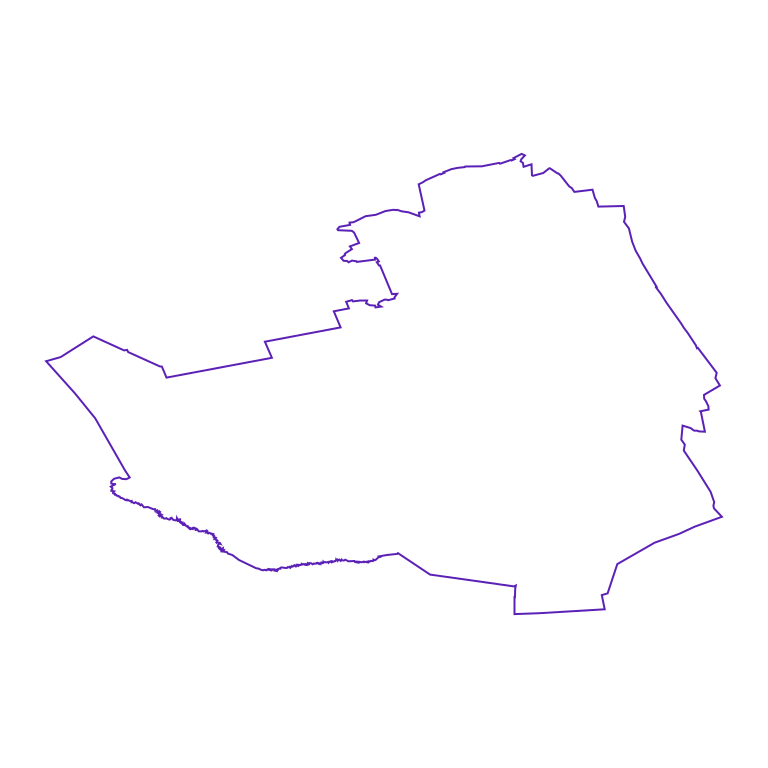 Allažu pag., Siguldas, Latvia (Equal Earth projection)
{"feature_id": "27541924B773256443611", "entity_name": "Allažu pag.", "entity_type": "district", "adm_level": 2, "iso_a3": "LVA", "parent_name": "Latvia", "parent_adm1": "Siguldas", "projection": "equal_earth", "projection_center": [24.751, 57.056], "detail": "fine", "context": "isolated", "style": "outline", "palette": "violet", "viewbox_px": 768, "rotation_deg": 0, "n_neighbors": 0, "source": "geoboundaries", "source_scale": "gbopen_adm2", "svg_char_len": 6109}
<svg xmlns="http://www.w3.org/2000/svg" viewBox="0 0 768 768"><path d="M46.1,361.2L74.9,393.3L95.2,418.3L125.0,470.4L129.7,477.5L126.3,479.2L122.1,478.9L119.3,477.4L114.0,478.8L111.2,481.5L111.3,483.5L113.6,484.1L115.8,484.0L110.8,486.6L112.4,488.1L112.4,488.9L111.4,490.1L111.3,490.8L114.2,491.3L113.1,492.6L113.1,493.3L115.0,493.8L115.0,494.7L116.2,494.9L116.6,495.6L118.3,495.9L118.5,496.5L119.7,496.6L120.6,497.9L122.0,498.0L125.4,500.0L126.2,500.3L127.0,499.6L127.9,500.4L128.6,500.2L130.2,501.2L131.3,501.0L131.1,501.5L131.8,501.7L131.8,502.2L132.9,502.0L132.5,502.3L134.2,503.2L135.5,502.2L137.9,503.7L139.2,502.9L139.0,503.2L139.4,503.8L139.4,504.5L140.5,505.3L141.5,504.4L144.0,507.3L147.9,507.0L153.0,509.1L155.0,509.1L155.3,510.9L156.9,510.4L156.8,511.0L158.5,512.3L158.4,511.9L159.1,511.1L160.1,512.0L159.5,512.8L158.0,513.0L160.6,514.2L159.5,514.4L158.6,515.4L159.7,516.5L161.3,515.9L162.2,516.3L162.0,517.5L162.8,517.5L164.0,518.5L165.8,518.5L167.1,517.8L166.7,518.3L167.2,518.8L169.2,519.6L170.1,519.4L170.5,518.1L171.5,517.8L171.6,518.5L172.4,518.7L173.1,519.8L175.6,520.4L177.4,520.1L176.6,519.8L176.9,518.2L177.4,519.5L180.1,519.3L180.2,519.9L179.7,520.7L177.7,520.5L177.8,521.0L178.8,520.8L180.0,521.8L180.6,521.9L180.3,522.5L180.6,522.8L182.0,522.6L181.8,523.0L183.0,523.3L182.5,524.0L182.9,524.9L183.8,525.0L183.2,524.5L184.2,524.6L184.5,523.8L186.5,526.2L187.7,526.1L187.9,526.4L187.4,526.7L189.0,527.5L188.4,527.6L189.8,528.9L190.4,528.5L190.6,529.1L191.7,528.7L192.9,529.1L193.2,528.6L192.9,527.9L193.7,527.6L195.9,528.5L195.3,529.1L195.6,530.0L197.5,529.6L198.6,531.3L201.4,531.4L202.8,530.9L203.4,531.4L204.8,531.2L206.7,530.4L207.2,530.9L206.0,531.6L206.8,532.1L206.4,532.6L207.2,532.6L208.1,533.4L208.5,532.9L209.7,532.9L211.2,534.0L211.5,533.6L213.1,534.0L212.8,534.4L213.8,535.4L213.2,535.7L214.1,536.9L215.3,537.5L214.5,537.8L215.1,538.1L214.8,538.7L215.4,538.5L215.9,538.9L216.0,539.7L217.2,540.0L216.5,540.1L217.3,540.6L216.9,541.0L217.2,541.8L216.4,542.4L216.7,542.8L217.4,542.3L219.9,543.0L220.4,543.8L219.1,543.3L219.3,543.7L218.1,545.0L217.7,546.5L219.6,547.2L218.9,547.8L219.0,548.4L220.2,549.4L220.7,548.3L221.7,549.0L222.9,548.2L222.7,549.9L221.2,550.8L221.4,551.4L223.9,550.4L223.4,551.6L227.0,552.2L228.0,553.6L232.3,555.0L239.0,560.0L256.3,568.3L258.2,568.5L261.6,570.0L263.1,570.3L264.3,569.8L266.1,570.3L266.4,569.8L267.6,569.9L268.3,568.9L269.9,569.2L269.6,569.9L271.4,570.5L271.7,570.3L271.2,569.7L271.8,569.3L274.4,569.3L275.2,569.6L274.6,570.6L276.7,571.0L276.4,570.0L277.5,570.0L277.3,569.4L278.2,568.9L280.4,568.7L280.4,567.8L281.6,567.4L285.7,568.0L287.0,567.9L287.9,567.0L290.1,567.7L290.1,566.7L291.5,566.9L291.9,566.1L292.6,566.5L293.6,566.2L293.7,565.6L294.5,565.2L295.4,566.0L295.4,565.4L296.1,565.3L296.9,565.9L298.0,565.5L298.5,565.9L298.7,565.7L298.0,564.8L300.4,565.0L301.6,564.7L301.7,563.8L303.0,564.4L303.9,564.0L304.4,564.5L305.5,564.1L305.6,564.9L307.0,565.0L307.3,564.9L306.3,564.3L307.5,564.4L307.9,563.1L309.3,563.9L309.7,563.1L311.4,563.4L312.6,564.3L313.9,563.5L314.4,563.8L317.0,563.4L316.9,562.9L317.5,562.8L318.5,563.1L318.4,563.5L319.2,564.1L320.1,563.3L320.6,563.8L320.7,563.4L321.9,563.2L321.8,562.6L322.9,562.9L323.2,561.9L323.6,562.6L324.7,562.0L325.9,562.4L327.9,562.1L328.5,562.8L329.2,561.7L330.0,561.9L330.6,561.4L331.8,562.4L332.0,562.3L331.5,561.6L331.9,561.1L333.3,561.6L335.2,561.2L335.2,560.8L336.1,560.4L336.2,559.6L336.6,560.1L337.3,559.6L337.6,560.2L337.7,559.8L338.6,560.1L339.2,559.6L340.6,560.9L341.6,559.6L342.0,560.3L343.9,560.5L345.2,559.7L348.5,561.3L354.5,561.0L354.9,561.9L356.0,562.2L356.4,561.6L357.7,561.7L357.2,562.4L358.2,562.6L358.2,562.0L358.7,561.8L359.3,562.4L360.0,561.9L361.4,562.3L363.2,561.7L363.9,562.2L364.3,561.7L366.9,562.2L366.6,561.8L366.9,561.6L368.6,561.9L368.7,561.3L369.9,561.5L370.6,560.9L372.7,561.1L373.3,560.8L373.4,559.6L374.8,560.2L375.6,559.9L378.6,557.2L379.7,557.0L379.0,556.4L386.9,555.0L397.2,553.9L397.9,553.1L430.1,574.6L514.0,586.4L515.8,585.5L515.2,588.7L515.0,596.2L514.9,597.3L514.5,597.2L514.5,614.1L539.4,613.2L604.7,609.3L601.8,595.1L607.6,593.4L617.3,564.1L654.6,542.7L679.3,533.8L694.6,526.7L721.9,516.8L714.0,508.4L713.4,505.7L714.2,502.1L710.6,491.8L697.3,470.5L683.8,450.6L684.8,444.6L681.3,439.7L682.6,425.6L690.7,428.1L693.5,430.3L694.7,430.7L697.2,430.7L699.0,431.4L704.9,431.7L700.9,412.0L700.3,411.3L708.6,409.6L708.4,406.3L706.0,401.3L704.2,398.7L704.0,394.9L719.9,385.5L715.4,378.2L716.7,372.8L697.9,347.9L697.0,348.3L695.8,345.2L687.6,332.8L683.9,327.9L681.3,323.7L666.6,302.9L660.9,293.9L655.8,287.1L656.0,286.6L656.5,286.6L642.4,263.3L640.2,258.6L635.8,251.0L632.2,241.8L628.9,228.4L624.0,221.8L625.2,216.8L623.7,206.0L598.4,206.6L596.7,201.1L594.9,198.0L592.5,189.7L574.4,191.9L571.7,188.0L569.2,186.4L560.7,175.6L558.3,173.4L557.5,173.4L549.9,168.3L549.2,168.3L543.3,173.0L532.9,175.8L532.0,175.3L531.5,164.3L523.6,166.8L522.9,162.9L520.6,161.2L521.2,159.4L524.9,155.4L521.6,153.9L513.5,158.1L514.7,159.1L511.6,160.5L510.9,160.0L500.0,163.7L499.2,162.9L481.9,166.3L465.2,166.5L464.8,167.1L458.1,167.8L451.5,169.1L443.6,172.2L444.2,172.9L440.7,174.4L440.0,173.9L426.1,180.1L422.8,182.3L418.7,184.3L424.5,210.6L421.9,212.1L418.9,212.7L419.6,216.3L408.5,212.3L401.6,211.3L397.0,209.8L396.2,210.1L393.3,209.8L385.6,211.0L375.8,214.8L365.6,216.2L353.6,222.2L349.5,222.6L350.0,224.9L339.5,226.8L337.4,229.2L338.1,230.2L351.7,230.8L352.9,231.5L354.3,233.0L359.1,243.0L349.9,246.4L351.9,249.1L345.6,253.1L344.7,254.2L345.0,255.1L341.0,257.8L343.6,260.8L347.2,261.0L348.6,262.3L352.0,260.6L356.6,261.3L356.9,261.9L375.0,259.6L374.9,257.8L375.7,257.7L377.1,258.9L378.8,261.4L376.8,262.2L379.1,265.5L380.1,265.5L392.0,294.1L397.1,293.8L394.4,297.5L394.6,298.5L388.1,300.2L387.0,299.7L384.6,299.6L379.1,302.2L377.9,304.7L381.1,306.6L375.5,307.4L375.0,305.6L369.7,305.2L366.1,303.3L367.1,300.5L360.5,300.5L353.0,301.4L352.0,300.1L346.2,301.8L348.9,308.4L333.8,311.3L340.6,327.4L264.9,341.7L271.9,357.8L166.5,377.6L161.9,366.6L159.8,366.4L128.2,352.1L127.1,349.9L124.1,350.4L93.3,336.4L60.6,357.1L46.1,361.2Z" fill="none" stroke="#5b21b6" stroke-width="2"/></svg>